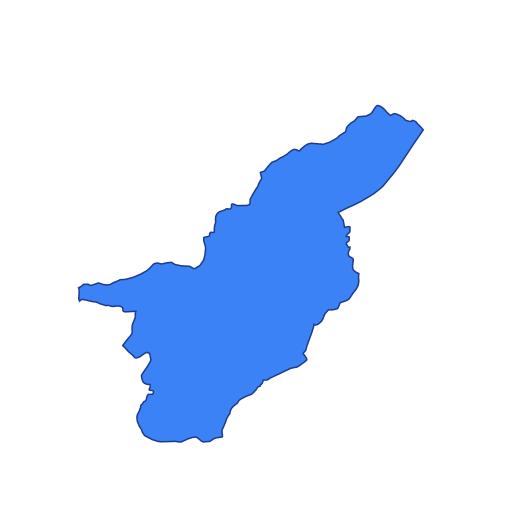 the district of Hoa Binh, Hòa Bình, Vietnam, rotated 43°
{"feature_id": "81297802B29311833142389", "entity_name": "Hoa Binh", "entity_type": "district", "adm_level": 2, "iso_a3": "VNM", "parent_name": "Vietnam", "parent_adm1": "Hòa Bình", "projection": "natural_earth1", "projection_center": [105.327, 20.842], "detail": "fine", "context": "isolated", "style": "filled", "palette": "blue", "viewbox_px": 512, "rotation_deg": 43, "n_neighbors": 0, "source": "geoboundaries", "source_scale": "gbopen_adm2", "svg_char_len": 6130}
<svg xmlns="http://www.w3.org/2000/svg" viewBox="0 0 512 512"><g transform="rotate(43 256 256)"><path d="M344.6,427.8L344.9,427.2L348.7,423.1L349.6,419.2L350.2,417.5L350.7,416.6L351.2,415.7L354.6,411.6L354.7,411.3L354.6,410.9L354.5,410.7L350.8,407.5L349.8,406.4L348.4,402.0L347.8,400.9L347.6,399.8L345.3,394.5L344.4,390.5L344.4,389.3L343.3,387.5L342.6,386.1L342.1,384.6L341.9,382.9L342.1,379.8L342.6,377.1L342.7,375.9L342.1,373.5L342.1,372.9L342.5,370.8L344.2,366.0L345.0,364.2L345.8,362.7L346.9,360.3L347.2,358.9L347.3,356.4L347.2,353.4L346.8,351.3L346.8,350.4L347.3,349.3L347.8,348.4L347.3,347.3L347.3,346.7L347.5,345.5L347.3,344.6L346.0,341.8L348.4,339.4L349.0,338.5L349.4,336.4L349.7,335.3L358.1,314.2L359.0,313.1L360.3,311.1L361.6,309.6L362.6,306.3L363.3,302.5L363.7,300.6L364.1,297.8L364.0,297.5L363.6,296.9L362.5,296.3L359.5,295.6L357.4,295.3L356.9,295.0L356.8,294.8L356.8,291.6L356.8,291.3L354.4,286.7L352.7,282.7L349.0,273.9L345.7,267.2L345.1,266.6L346.1,266.4L347.6,264.4L348.1,262.6L348.4,259.7L348.3,258.7L347.8,256.4L347.1,254.7L345.9,251.6L345.8,250.4L345.7,246.3L346.0,245.5L347.6,244.3L349.2,242.5L350.6,240.4L351.4,239.1L351.4,238.3L350.3,235.0L349.5,233.2L349.8,232.1L350.3,230.9L351.7,228.7L352.8,226.3L353.3,224.6L353.3,223.1L352.3,217.1L351.9,212.1L351.4,209.9L350.7,207.7L348.6,204.6L348.2,204.2L347.7,203.5L346.8,202.9L346.0,202.1L344.0,199.9L343.2,198.7L340.0,199.7L336.9,199.9L335.3,199.1L333.5,197.6L330.0,192.7L329.0,191.9L327.7,191.9L326.3,192.3L324.2,192.6L323.2,192.5L321.9,191.4L320.5,189.3L320.0,187.1L318.7,185.4L317.6,186.5L317.2,186.5L316.9,186.5L315.0,185.8L314.2,185.7L313.8,185.5L313.3,185.1L313.2,184.6L313.2,183.8L313.6,182.5L313.6,181.5L313.5,181.2L313.1,180.6L311.4,178.6L310.9,178.6L308.5,180.1L308.2,179.2L308.1,178.5L308.3,174.5L308.1,174.2L305.4,171.1L305.0,170.9L304.6,170.8L304.0,171.0L301.2,174.6L295.1,170.2L293.9,170.2L290.7,169.2L286.5,168.3L286.8,167.2L289.1,160.7L292.7,152.1L295.4,144.8L298.2,135.4L299.8,129.2L300.8,122.6L301.1,120.3L301.2,117.8L300.6,108.9L300.4,104.1L299.4,93.6L297.5,82.2L295.1,68.2L292.3,49.7L287.9,49.2L285.2,49.2L281.1,48.8L279.1,49.5L277.9,50.1L277.5,51.7L277.0,52.5L274.4,54.0L272.8,54.7L271.3,54.6L269.0,54.6L265.4,55.1L261.9,56.4L259.8,57.8L259.1,59.9L258.4,61.5L256.9,61.6L253.3,61.6L250.0,61.2L247.2,61.3L245.3,61.6L243.7,62.1L242.1,63.1L241.8,64.7L242.1,67.5L242.9,71.6L243.0,72.5L242.7,74.7L241.0,78.7L237.5,82.5L235.6,84.8L235.8,88.2L235.8,90.2L234.7,94.1L234.5,97.4L234.5,99.2L234.8,100.6L235.6,102.0L236.6,103.5L236.7,104.3L234.9,111.1L234.9,113.9L234.2,116.6L232.6,121.5L232.0,123.1L228.8,128.8L227.4,129.5L226.0,130.9L224.6,131.8L222.9,133.2L220.7,134.9L219.3,136.1L217.5,138.9L216.6,142.0L216.0,147.6L216.1,148.6L216.0,149.5L215.7,149.9L214.8,150.3L213.4,150.5L211.4,151.8L211.0,152.2L209.9,155.2L209.6,157.3L209.3,160.5L208.8,162.1L208.1,164.7L207.5,166.4L206.9,167.7L205.8,172.4L203.7,176.7L203.7,181.8L204.0,185.2L204.2,188.3L202.2,191.9L207.1,195.3L207.4,195.6L207.8,198.0L208.8,201.7L209.8,203.7L210.3,207.0L211.7,213.6L213.0,218.3L213.2,218.7L215.1,220.8L215.4,221.3L216.0,222.0L216.2,222.5L216.0,223.2L215.0,225.1L213.8,226.2L209.5,230.4L208.1,231.7L207.0,232.4L204.3,233.3L203.1,234.3L203.0,235.1L204.3,236.4L205.0,237.4L205.1,238.7L205.0,239.4L204.4,240.1L203.0,240.8L202.1,241.8L201.6,243.8L200.7,245.8L199.5,247.7L198.8,249.7L198.7,251.3L199.0,252.8L199.5,254.4L201.3,256.7L203.3,258.6L204.3,260.3L204.8,261.6L206.0,263.3L207.4,265.0L208.8,266.6L209.1,267.2L209.1,267.6L206.8,269.4L206.6,270.1L206.9,271.4L208.0,272.5L208.1,273.1L208.0,273.7L207.7,274.4L206.8,275.6L205.2,278.0L207.3,280.4L212.4,283.5L214.3,285.2L215.9,287.4L218.1,290.3L219.5,292.8L220.5,294.9L221.4,301.0L221.4,301.8L221.1,302.7L220.7,303.2L220.6,304.3L220.0,306.4L219.2,307.6L215.9,308.5L214.5,308.8L213.3,309.7L209.6,312.9L207.3,314.7L204.8,316.0L203.6,317.0L202.4,317.5L200.5,317.9L200.0,317.9L198.5,318.3L196.0,321.1L194.1,323.7L193.0,325.4L191.8,326.7L189.6,327.7L188.3,328.8L187.0,330.7L186.6,332.0L186.6,336.0L186.5,338.3L186.3,340.5L186.0,341.8L184.1,347.6L181.6,353.5L180.5,355.7L177.0,361.3L175.8,362.9L172.9,365.9L172.7,366.2L172.6,366.9L171.6,369.1L169.9,372.8L169.1,375.3L168.5,376.9L166.8,378.8L163.7,381.1L160.1,382.6L159.4,383.0L158.8,383.7L157.5,386.4L156.6,387.7L156.4,388.8L156.2,389.1L154.0,391.0L152.7,391.0L152.2,391.3L151.1,392.5L149.2,394.4L148.9,397.3L147.9,400.3L149.5,401.2L151.9,403.7L153.8,406.0L154.9,407.6L155.8,408.4L157.7,409.4L157.9,407.4L158.4,406.3L158.9,406.1L161.1,404.5L167.5,400.9L170.3,398.8L171.5,398.4L173.1,397.7L174.4,397.4L180.2,394.5L181.4,393.0L185.2,391.0L186.0,390.2L188.3,387.5L189.1,386.7L190.2,385.9L191.9,385.0L193.2,384.8L193.9,384.9L196.1,386.7L196.5,386.9L197.5,386.6L198.1,386.3L198.8,385.7L205.9,378.3L206.3,379.0L206.5,379.7L207.0,380.5L208.7,382.2L209.4,383.0L210.7,386.0L212.0,389.5L212.8,391.2L214.6,393.3L217.5,396.3L218.3,397.8L218.4,398.3L218.5,399.4L218.6,400.7L218.7,403.5L219.0,407.4L219.6,412.4L219.8,412.5L221.8,412.4L228.0,412.9L233.5,412.6L235.2,412.9L236.8,412.9L237.8,412.5L238.6,411.3L239.7,409.1L241.3,401.9L242.4,400.5L243.3,400.4L243.4,400.2L244.2,400.0L244.9,400.1L246.1,400.7L249.8,403.6L250.5,404.6L251.8,410.1L252.7,416.3L253.6,421.4L255.3,422.9L257.5,424.3L258.5,424.8L259.9,425.2L261.2,425.1L262.2,424.8L263.9,424.1L264.9,423.3L265.8,422.4L266.8,422.7L267.7,423.6L268.1,424.2L268.4,425.5L268.7,426.3L269.5,426.8L269.9,426.7L271.5,425.4L272.0,425.1L272.4,425.0L273.4,425.0L273.6,425.1L274.0,425.6L274.3,426.5L274.8,427.5L274.6,427.8L273.7,428.5L273.1,429.3L272.7,429.7L271.6,430.6L271.7,432.0L272.2,433.3L273.5,435.6L274.0,437.2L273.3,439.5L273.8,441.0L273.6,443.6L273.9,444.3L275.2,445.9L275.3,446.3L275.4,447.1L275.6,447.6L276.0,448.0L276.6,449.7L277.4,452.9L278.8,455.1L281.4,457.5L283.9,458.7L286.8,460.1L288.5,460.5L290.1,460.8L293.2,462.4L294.1,462.7L297.2,463.2L298.0,463.1L298.9,462.8L301.3,462.2L303.4,461.5L305.2,461.1L310.7,458.5L313.3,456.6L321.0,449.0L323.5,446.5L325.9,445.0L327.2,443.9L328.3,442.6L330.8,436.5L333.3,431.9L334.6,430.4L335.9,429.1L339.6,428.7L342.1,428.6L343.2,428.3L344.6,427.8Z" fill="#3b82f6" stroke="#1e3a8a" stroke-width="1.5"/></g></svg>